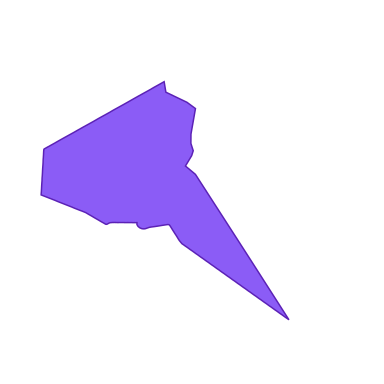 the border of Tibesti, rotated 301°
{"feature_id": "TCD-5578", "entity_name": "Tibesti", "entity_type": "Préfecture", "adm_level": 1, "iso_a3": "TCD", "parent_name": "Chad", "parent_adm1": "", "projection": "robinson", "projection_center": [15.919, 20.285], "detail": "fine", "context": "isolated", "style": "filled", "palette": "violet", "viewbox_px": 384, "rotation_deg": 301, "n_neighbors": 0, "source": "natural_earth", "source_scale": "10m", "svg_char_len": 2434}
<svg xmlns="http://www.w3.org/2000/svg" viewBox="0 0 384 384"><g transform="rotate(301 192 192)"><path d="M152.7,43.1L156.4,45.2L161.4,48.1L166.4,50.9L171.5,53.8L176.5,56.7L181.5,59.6L186.5,62.4L191.6,65.3L196.6,68.2L201.6,71.1L206.7,73.9L211.7,76.8L216.7,79.7L221.8,82.5L226.8,85.4L231.8,88.3L236.9,91.2L241.9,94.0L247.0,96.9L252.0,99.8L257.0,102.7L262.1,105.5L267.1,108.4L272.2,111.3L264.1,118.2L265.2,129.9L266.3,141.5L265.3,152.0L256.2,155.5L241.1,161.3L233.1,166.0L228.0,171.8L223.0,173.0L210.9,173.0L208.9,185.8L186.8,230.8L164.5,276.1L132.4,340.9L132.6,338.8L132.7,336.6L132.9,334.5L133.1,332.3L133.2,330.2L133.4,328.0L133.6,325.9L133.7,323.7L133.9,321.6L134.1,319.4L134.2,317.3L134.4,315.1L134.6,313.0L134.7,310.8L134.9,308.7L135.1,306.5L135.2,304.4L135.4,302.2L135.6,300.1L135.6,299.7L135.7,297.9L135.9,295.8L136.1,293.6L136.2,291.5L136.4,289.3L136.6,287.2L136.7,285.0L136.9,282.9L137.1,280.7L137.2,278.6L137.4,276.4L137.6,274.3L137.7,272.1L137.9,270.0L138.1,267.8L138.2,265.7L138.4,263.5L138.6,261.4L138.7,259.2L138.9,257.1L139.1,254.9L139.2,252.8L139.4,250.6L139.6,248.5L139.7,246.3L139.9,244.2L140.1,242.0L140.2,239.9L140.4,237.7L140.6,235.6L140.7,233.4L140.9,231.3L141.1,229.1L141.2,227.0L141.4,224.8L141.6,222.7L141.7,220.5L141.9,218.4L142.1,216.2L142.2,214.1L142.4,211.9L142.5,210.0L143.8,206.3L144.4,205.0L146.1,201.8L147.7,198.5L149.3,195.3L151.0,192.0L151.8,190.4L152.1,189.6L152.0,188.8L151.5,187.8L150.5,186.6L148.1,183.7L145.7,180.9L143.3,178.0L141.0,175.1L139.8,173.7L136.5,170.9L135.8,170.0L135.2,169.0L134.7,167.8L134.4,165.6L134.7,163.5L135.7,161.6L137.4,160.6L136.7,159.5L136.0,158.3L135.3,157.2L134.7,156.0L134.0,154.9L133.3,153.7L132.6,152.5L131.9,151.4L131.2,150.2L130.6,149.1L129.9,147.9L129.2,146.8L128.5,145.6L127.8,144.5L127.1,143.3L126.5,142.2L125.8,141.0L124.8,139.4L123.4,137.5L122.6,136.9L120.7,135.8L120.1,135.1L119.9,134.4L119.9,133.1L119.9,132.2L119.8,129.8L119.8,126.3L119.7,122.3L119.7,118.3L119.6,114.8L119.6,112.4L119.6,111.5L119.3,109.6L119.0,107.6L118.6,105.6L118.1,102.6L117.6,99.7L117.2,96.7L116.7,93.7L116.2,90.8L115.7,87.8L115.2,84.9L114.7,81.9L114.3,79.0L113.8,76.0L113.3,73.1L112.8,70.1L112.3,67.2L111.8,64.2L112.5,63.8L114.9,62.6L117.2,61.4L119.6,60.1L121.9,58.9L124.3,57.7L126.6,56.4L129.0,55.2L131.3,54.0L133.7,52.7L136.0,51.5L138.4,50.3L140.7,49.1L143.0,47.8L145.4,46.6L147.7,45.4L150.1,44.1L151.9,43.2L152.7,43.1Z" fill="#8b5cf6" stroke="#5b21b6" stroke-width="1.5"/></g></svg>